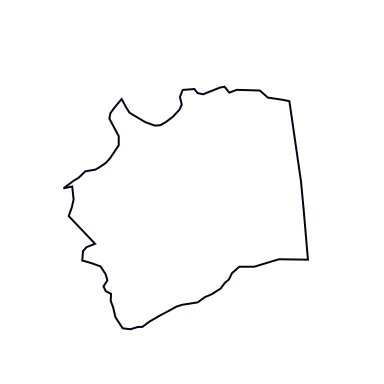 Bom Sucesso, Paraíba, Brazil (Mercator projection), rotated 331°
{"feature_id": "56859067B88877822125825", "entity_name": "Bom Sucesso", "entity_type": "district", "adm_level": 2, "iso_a3": "BRA", "parent_name": "Brazil", "parent_adm1": "Paraíba", "projection": "mercator", "projection_center": [-37.966, -6.47], "detail": "fine", "context": "isolated", "style": "outline", "palette": "ink", "viewbox_px": 384, "rotation_deg": 331, "n_neighbors": 0, "source": "geoboundaries", "source_scale": "gbopen_adm2", "svg_char_len": 1080}
<svg xmlns="http://www.w3.org/2000/svg" viewBox="0 0 384 384"><g transform="rotate(331 192 192)"><path d="M62.8,198.7L69.6,205.5L75.9,212.7L76.6,221.9L75.2,228.2L68.8,231.7L68.5,237.0L71.8,241.8L68.1,247.9L67.1,254.7L64.3,264.5L65.3,277.6L71.6,282.2L78.9,283.7L83.2,285.9L92.2,284.7L105.0,284.5L115.9,284.7L122.7,284.7L128.8,285.9L135.0,288.2L143.5,291.3L152.3,290.2L159.8,291.0L170.3,290.3L176.6,287.4L181.9,286.4L187.6,282.4L197.1,280.3L210.1,287.5L235.5,293.0L260.6,307.4L280.6,262.7L292.4,235.7L321.2,159.8L316.0,155.3L304.1,146.2L300.6,136.2L289.9,129.8L280.6,124.3L272.8,123.2L271.5,115.7L267.0,114.2L249.1,111.9L244.8,108.2L244.0,103.1L233.3,98.2L227.5,103.1L225.4,110.6L221.0,113.9L211.9,116.9L202.7,118.2L196.6,118.2L191.7,115.9L185.1,108.4L175.8,92.5L175.4,85.7L175.5,76.6L165.6,80.4L159.0,83.4L155.3,87.7L155.0,107.6L150.6,115.6L136.8,122.7L130.7,124.8L123.0,125.5L118.4,125.6L108.7,122.2L99.7,124.6L93.6,124.8L81.4,126.5L89.9,129.1L84.8,141.2L79.4,147.2L72.5,153.3L82.1,190.3L73.1,189.1L68.0,190.9L62.8,198.7Z" fill="none" stroke="#020617" stroke-width="2"/></g></svg>